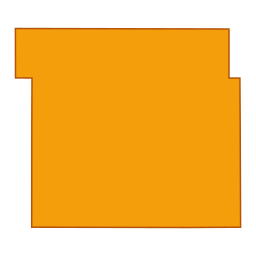 Hardin, Iowa, United States of America (Natural Earth projection)
{"feature_id": "52423323B84465171614567", "entity_name": "Hardin", "entity_type": "district", "adm_level": 2, "iso_a3": "USA", "parent_name": "United States of America", "parent_adm1": "Iowa", "projection": "natural_earth1", "projection_center": [-93.254, 42.383], "detail": "fine", "context": "isolated", "style": "filled", "palette": "amber", "viewbox_px": 256, "rotation_deg": 0, "n_neighbors": 0, "source": "geoboundaries", "source_scale": "gbopen_adm2", "svg_char_len": 275}
<svg xmlns="http://www.w3.org/2000/svg" viewBox="0 0 256 256"><path d="M15.4,28.5L15.5,77.9L32.0,78.0L31.8,127.7L31.7,227.2L136.4,227.4L188.0,227.5L240.6,227.2L240.2,127.8L239.9,78.1L229.0,78.1L229.0,29.0L15.4,28.5Z" fill="#f59e0b" stroke="#b45309" stroke-width="1.5"/></svg>